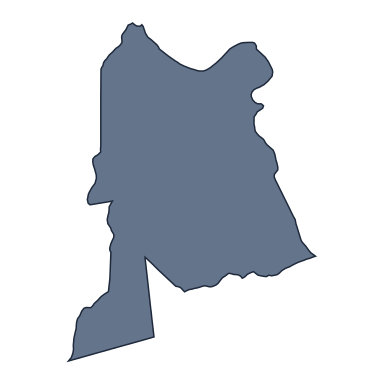 Glória, Bahia, Brazil
{"feature_id": "56859067B59812868338387", "entity_name": "Glória", "entity_type": "district", "adm_level": 2, "iso_a3": "BRA", "parent_name": "Brazil", "parent_adm1": "Bahia", "projection": "mercator", "projection_center": [-38.437, -9.244], "detail": "fine", "context": "isolated", "style": "filled", "palette": "slate", "viewbox_px": 384, "rotation_deg": 0, "n_neighbors": 0, "source": "geoboundaries", "source_scale": "gbopen_adm2", "svg_char_len": 3230}
<svg xmlns="http://www.w3.org/2000/svg" viewBox="0 0 384 384"><path d="M258.8,135.7L256.9,133.5L255.4,131.4L254.9,129.7L254.6,126.9L254.0,124.2L254.1,116.8L256.0,114.2L257.2,111.9L262.7,108.2L263.5,105.7L261.2,103.8L257.6,103.8L255.1,102.5L252.7,99.9L251.3,96.6L251.2,94.3L252.0,92.0L254.1,89.6L256.9,88.1L259.1,87.4L264.1,84.6L268.0,81.1L272.1,76.1L272.7,72.0L272.3,69.7L271.5,68.0L268.4,61.8L265.0,57.0L256.4,49.1L256.3,45.9L254.6,43.1L252.6,42.4L248.2,42.4L242.9,42.7L240.6,43.2L238.2,44.2L233.6,46.6L229.9,48.9L221.9,57.6L216.3,62.9L210.1,67.8L206.0,70.2L203.2,71.0L199.6,71.0L196.8,70.5L194.6,69.7L190.6,68.6L184.2,66.1L179.5,63.8L178.2,62.7L175.4,61.0L171.8,58.5L168.4,56.1L159.2,48.9L158.5,47.0L156.8,44.7L150.8,39.4L147.9,37.3L145.4,33.1L143.1,26.3L141.8,24.7L140.4,26.1L138.7,26.2L136.8,26.0L134.7,24.8L132.6,23.0L130.7,24.1L128.2,25.1L127.1,27.3L126.1,29.4L124.1,32.1L122.8,33.8L121.9,35.4L121.6,37.4L121.9,39.7L122.0,42.4L120.5,44.7L118.6,46.6L116.1,48.2L114.3,50.1L112.5,52.1L110.7,53.7L109.2,55.1L108.1,56.6L106.7,58.8L104.6,60.9L103.5,63.0L103.0,65.4L102.1,66.9L101.0,69.1L100.8,99.3L100.8,101.4L100.8,146.4L100.5,148.6L100.7,152.0L97.8,154.8L94.8,156.6L92.9,159.0L92.8,161.8L93.3,165.0L94.6,168.9L96.2,174.7L96.4,178.3L95.0,183.4L91.8,187.7L89.4,192.0L88.4,194.1L87.8,197.5L87.3,199.5L88.2,203.3L90.1,204.8L112.4,201.1L111.4,202.7L109.2,206.8L109.0,210.5L108.9,212.3L107.9,216.0L107.2,219.5L107.9,223.8L109.5,226.1L110.9,228.4L111.3,230.3L112.4,232.1L113.8,234.4L113.8,237.2L113.0,239.0L111.9,241.3L110.8,243.9L110.1,246.7L109.7,248.5L110.0,250.7L110.9,252.2L109.9,278.4L108.4,291.7L106.4,292.9L104.2,294.3L101.5,296.3L99.4,298.4L98.1,299.9L96.7,301.3L95.4,302.4L94.1,303.7L92.5,306.1L90.7,307.7L86.1,307.5L83.9,308.3L81.7,311.2L79.8,315.7L77.6,318.7L76.7,321.8L76.3,325.3L76.2,328.3L74.8,334.2L73.9,338.5L73.6,342.0L73.3,345.4L73.5,349.5L72.9,353.1L71.4,357.4L68.5,361.0L93.3,354.0L117.8,347.1L142.3,340.3L150.3,338.0L154.0,336.9L151.8,318.2L151.1,311.4L150.8,309.4L149.9,301.2L147.2,276.9L145.5,261.9L145.1,259.2L145.1,257.2L152.2,263.8L155.0,266.6L158.0,269.6L175.7,286.2L179.0,286.9L180.9,287.9L182.6,289.7L184.5,291.8L187.1,290.5L189.1,289.6L192.1,289.1L194.4,288.4L197.7,287.8L200.6,286.9L202.8,286.1L205.2,285.8L207.4,286.3L209.3,286.8L211.3,286.8L213.7,286.0L216.0,285.0L218.1,283.3L220.2,280.5L222.3,277.9L224.8,276.2L226.3,275.2L227.8,273.8L229.7,273.3L231.5,273.8L234.0,274.5L236.4,274.6L238.3,274.9L240.6,276.1L242.2,278.2L244.0,277.4L245.7,276.0L247.2,274.4L248.8,273.6L250.8,272.6L253.6,271.7L257.9,275.1L260.3,275.7L264.1,276.4L266.5,276.6L268.9,275.2L271.6,275.8L274.8,275.2L277.3,274.6L279.4,273.1L281.3,271.1L283.2,269.7L285.5,268.4L287.7,267.4L289.6,266.8L291.2,265.8L294.4,264.1L298.0,262.4L301.8,261.0L303.4,260.5L306.2,259.3L308.0,258.8L309.7,258.3L312.3,257.3L315.5,256.2L310.8,252.8L308.7,250.3L305.8,246.2L302.8,242.9L301.5,241.1L300.7,239.1L296.9,226.7L296.0,223.9L295.1,219.4L293.5,216.7L290.9,211.4L289.9,209.3L283.6,196.6L282.2,193.7L275.5,180.2L274.2,177.0L274.4,174.2L275.5,172.9L277.8,169.9L277.8,167.1L276.8,162.6L275.9,159.9L275.5,157.5L275.1,155.6L274.7,153.9L273.2,150.2L267.1,144.9L265.6,143.0L263.5,139.3L258.8,135.7Z" fill="#64748b" stroke="#1e293b" stroke-width="1.5"/></svg>